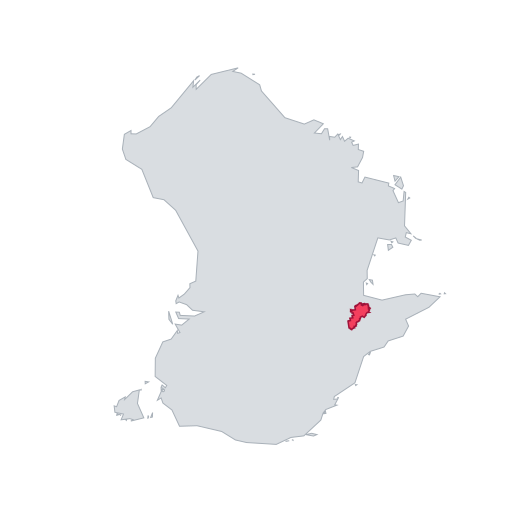 Croydon, Queensland, Australia shown in context, rotated 76°
{"feature_id": "25037944B33150906552836", "entity_name": "Croydon", "entity_type": "district", "adm_level": 2, "iso_a3": "AUS", "parent_name": "Australia", "parent_adm1": "Queensland", "projection": "orthographic", "projection_center": [142.176, -18.514], "detail": "fine", "context": "in_parent", "style": "filled", "palette": "rose", "viewbox_px": 512, "rotation_deg": 76, "n_neighbors": 0, "source": "geoboundaries", "source_scale": "gbopen_adm2", "svg_char_len": 6718}
<svg xmlns="http://www.w3.org/2000/svg" viewBox="0 0 512 512"><g transform="rotate(76 256 256)"><path d="M347.6,100.6L353.5,126.1L360.9,124.9L369.3,132.6L370.4,148.3L375.3,153.8L376.2,168.3L379.6,175.9L403.0,190.7L411.3,214.0L413.9,215.3L414.5,211.2L419.4,215.6L420.3,213.6L421.8,225.3L424.6,228.9L430.9,232.8L442.1,253.1L440.5,266.0L443.7,281.9L434.7,310.3L429.5,320.5L418.0,331.7L406.4,354.3L402.7,371.4L385.1,374.8L376.2,381.9L370.8,382.4L372.1,386.6L364.1,380.4L365.3,379.0L364.8,377.4L363.3,377.3L360.4,379.9L358.4,378.3L361.9,375.8L360.0,373.9L348.5,383.0L330.8,378.4L316.8,367.2L316.1,358.4L309.3,350.4L312.1,350.7L311.9,348.3L302.5,350.9L305.1,344.8L301.0,336.1L298.0,346.2L291.0,347.4L292.0,344.0L295.3,343.9L299.4,330.1L297.6,319.8L293.3,330.7L286.4,335.1L282.0,341.7L282.9,345.0L280.1,344.7L275.3,341.2L278.1,341.0L275.6,334.7L270.7,327.7L266.9,326.9L265.8,320.5L237.2,311.1L192.2,322.9L179.1,331.7L174.5,341.6L144.3,345.8L130.8,358.9L119.9,359.8L106.1,354.3L104.0,346.9L107.2,347.7L108.6,342.7L104.9,327.5L97.0,316.6L91.7,302.4L70.8,274.1L77.0,276.4L71.8,267.6L75.3,272.7L79.8,273.7L69.0,255.5L69.1,227.8L71.3,233.9L75.0,226.2L90.8,211.0L97.2,210.8L128.8,194.5L139.7,177.2L137.9,166.9L144.0,158.7L150.8,169.6L153.2,162.9L149.1,158.7L149.9,155.7L161.5,156.5L157.8,155.7L159.8,150.9L157.4,147.1L163.5,146.0L161.0,143.2L166.1,142.3L164.0,138.1L168.1,132.8L168.7,135.7L172.2,135.0L172.2,129.5L177.4,131.0L180.5,126.2L186.2,128.8L194.1,135.9L193.2,142.1L197.9,135.8L208.8,138.9L210.8,135.5L205.8,131.2L217.4,109.5L220.0,110.6L224.1,105.2L225.7,107.3L238.7,104.9L238.2,99.9L229.2,96.7L230.6,95.4L262.7,104.6L271.9,100.3L269.7,104.5L273.7,106.6L278.3,101.5L282.6,105.5L277.8,115.0L272.3,116.0L272.7,122.7L267.9,133.4L296.9,151.7L304.8,153.5L307.3,158.1L320.2,161.1L329.3,144.4L329.8,120.2L331.3,111.1L334.6,108.9L332.1,104.8L340.1,87.3L347.6,100.6ZM357.7,401.6L370.4,406.7L385.9,404.0L385.9,417.4L385.0,415.0L383.3,417.8L382.3,426.5L377.3,422.8L373.5,430.7L367.1,429.9L368.5,427.7L363.0,423.8L361.1,417.0L363.5,418.2L357.9,408.6L357.7,401.6ZM214.4,96.5L223.5,95.9L226.4,98.3L220.5,103.9L214.4,96.5ZM288.4,354.1L302.1,353.3L296.4,355.8L288.4,354.1ZM280.6,121.1L282.5,126.2L276.7,125.5L277.6,121.8L280.6,121.1ZM441.4,250.8L441.5,244.9L444.0,240.1L444.6,243.7L441.4,250.8ZM382.9,394.2L387.2,395.5L387.2,397.3L382.9,394.2ZM213.6,98.1L217.0,103.0L211.2,103.0L213.6,98.1ZM353.2,394.4L350.8,393.9L352.2,390.6L353.2,394.4ZM311.8,149.3L309.1,150.9L306.3,151.8L307.6,148.9L311.8,149.3ZM70.5,272.7L68.1,270.2L67.4,267.6L67.6,267.5L70.5,272.7ZM386.1,399.1L387.7,400.4L384.6,399.3L386.1,399.1ZM423.6,226.2L425.6,226.2L425.4,228.9L423.6,226.2ZM376.9,168.1L379.4,169.8L378.9,170.7L376.9,168.1ZM376.8,427.5L376.9,429.7L375.3,429.0L376.8,427.5ZM443.3,268.4L443.1,271.7L442.9,271.6L443.3,268.4ZM237.5,94.9L236.0,93.5L236.9,92.8L237.5,94.9ZM280.3,93.3L278.1,96.0L280.6,91.4L280.3,93.3ZM443.9,264.6L442.9,265.6L443.6,264.5L443.9,264.6ZM284.6,140.8L283.4,141.3L284.0,140.1L284.6,140.8ZM276.0,121.1L274.4,121.4L275.4,119.8L276.0,121.1ZM79.4,213.0L79.3,215.1L78.7,215.1L79.4,213.0ZM337.4,86.1L337.3,87.9L336.7,86.6L337.4,86.1ZM363.3,378.2L363.6,379.2L363.1,378.9L363.3,378.2ZM277.5,96.8L274.5,98.6L277.6,96.3L277.5,96.8ZM164.0,135.6L163.1,136.9L163.6,135.4L164.0,135.6ZM377.8,426.0L377.0,426.4L377.5,425.6L377.8,426.0ZM310.5,155.5L308.9,155.5L309.7,154.4L310.5,155.5ZM158.9,145.5L158.2,146.3L158.0,144.7L158.9,145.5ZM384.2,421.6L383.0,422.2L383.5,421.1L384.2,421.6ZM338.4,81.3L338.2,82.5L337.3,82.0L338.4,81.3ZM362.6,379.6L363.7,380.6L361.8,380.2L362.6,379.6ZM405.8,190.6L404.8,190.7L405.3,189.3L405.8,190.6ZM413.6,211.0L413.1,210.9L413.5,209.9L413.6,211.0ZM358.3,399.9L358.0,400.7L357.7,399.7L358.3,399.9Z" fill="#d9dde1" stroke="#a8b0b8" stroke-width="1"/><path d="M339.1,180.0L339.4,180.0L339.4,179.8L341.5,180.0L341.3,181.5L341.5,181.5L341.4,182.5L345.7,182.9L347.9,183.1L348.0,183.0L348.3,183.1L348.4,182.9L348.4,182.7L348.5,182.6L348.6,182.4L348.8,182.4L348.9,182.2L349.0,182.2L349.1,182.3L349.3,182.3L349.4,182.1L349.4,181.9L349.5,181.8L349.7,181.7L349.8,181.8L349.9,181.7L350.0,181.7L350.4,181.4L350.5,181.3L350.6,181.2L350.6,180.9L350.4,180.9L350.2,180.8L350.0,180.5L350.0,180.4L350.0,180.2L349.9,180.1L349.9,179.9L349.9,179.7L349.7,179.5L349.7,179.4L349.7,179.2L349.4,179.0L349.3,178.8L349.3,178.7L349.5,178.5L349.6,178.4L349.5,178.2L349.4,178.0L349.4,177.9L349.2,177.8L349.2,177.7L348.9,177.7L348.9,177.8L348.7,177.8L348.8,177.7L348.7,177.7L348.6,177.4L348.4,177.4L348.4,177.2L348.3,176.8L348.2,176.7L348.2,176.4L347.8,176.3L347.7,176.3L347.7,176.2L347.6,175.9L347.4,175.8L347.5,175.7L347.4,175.7L347.2,175.6L347.1,175.4L347.0,175.2L346.9,175.0L346.5,174.9L346.2,174.9L345.9,174.9L345.7,174.9L345.5,175.0L345.4,175.0L345.2,175.0L345.1,174.9L344.9,174.8L344.6,174.5L344.6,174.3L344.6,174.1L344.4,173.9L344.2,173.7L344.3,173.5L344.3,173.4L344.4,173.2L344.5,173.1L344.4,172.9L344.4,172.7L344.2,172.5L343.9,172.3L343.8,172.2L343.8,171.9L344.0,171.7L344.0,171.4L343.9,171.2L343.6,171.1L343.4,171.1L343.3,171.3L343.2,171.2L343.3,171.2L343.3,170.9L343.1,170.7L342.9,170.5L342.6,170.6L342.4,170.6L342.2,170.6L341.9,170.6L341.9,170.4L341.9,170.2L341.8,169.9L341.7,169.9L341.5,169.7L341.3,169.6L341.0,169.6L340.9,169.5L340.8,169.4L340.6,169.4L340.6,169.2L340.6,168.9L340.4,168.6L340.3,168.4L340.3,168.1L340.4,167.8L340.3,167.7L340.2,167.7L340.1,167.4L341.7,165.9L341.3,165.3L340.5,164.5L340.2,164.1L340.4,163.9L340.3,163.7L339.2,163.6L337.8,161.9L338.1,159.6L337.2,160.4L335.9,159.0L335.5,159.3L334.3,157.8L333.2,158.8L333.7,159.5L332.6,159.3L332.6,158.9L331.0,158.8L331.0,159.2L329.5,159.1L329.3,160.8L329.1,160.8L329.0,161.6L329.6,161.6L329.6,162.3L329.4,162.5L329.2,162.4L328.9,162.4L328.7,162.3L328.5,162.2L328.4,162.2L328.3,163.9L329.9,164.1L329.9,164.4L329.2,164.3L329.1,165.1L329.3,165.1L329.2,165.6L328.1,165.5L328.1,165.3L327.2,165.2L327.1,166.3L326.7,166.2L326.6,166.3L326.6,166.5L326.7,166.8L326.6,167.0L326.8,167.1L327.0,167.3L327.1,167.5L327.3,167.7L327.3,167.8L327.3,168.0L327.4,168.3L327.5,168.4L327.5,168.5L327.8,168.8L327.9,169.0L328.0,169.2L328.1,169.3L328.1,169.5L328.3,169.6L328.3,169.8L328.2,169.9L328.2,170.0L328.3,170.1L328.2,170.1L328.3,170.3L328.2,170.4L328.1,170.5L328.2,170.9L328.3,171.0L328.2,171.1L328.2,171.3L328.3,171.3L328.3,171.5L329.0,171.7L328.9,172.3L332.2,172.6L332.0,175.4L331.7,175.3L331.5,176.9L331.4,176.9L331.4,177.0L331.5,177.0L331.4,177.1L331.5,177.1L331.4,177.1L331.5,177.2L331.5,177.3L331.8,177.4L332.0,177.4L332.3,177.4L332.4,177.5L332.5,177.6L332.8,177.7L333.0,177.7L333.1,176.5L334.7,176.6L334.8,175.5L336.6,175.6L336.7,175.4L337.2,175.4L337.0,177.2L337.7,177.3L337.8,177.1L338.9,177.3L338.9,177.0L339.4,177.0L339.1,180.0Z" fill="#f43f5e" stroke="#9f1239" stroke-width="1.5"/></g></svg>